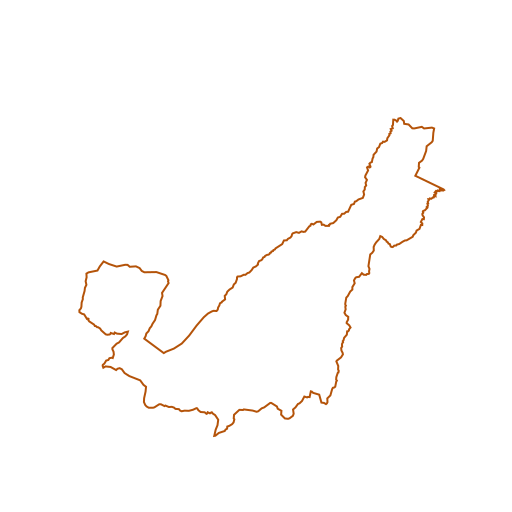 La Viña, Salta, Argentina (Natural Earth projection), rotated 201°
{"feature_id": "61730980B12479001808037", "entity_name": "La Viña", "entity_type": "district", "adm_level": 2, "iso_a3": "ARG", "parent_name": "Argentina", "parent_adm1": "Salta", "projection": "natural_earth1", "projection_center": [-65.611, -25.526], "detail": "fine", "context": "isolated", "style": "outline", "palette": "amber", "viewbox_px": 512, "rotation_deg": 201, "n_neighbors": 0, "source": "geoboundaries", "source_scale": "gbopen_adm2", "svg_char_len": 6104}
<svg xmlns="http://www.w3.org/2000/svg" viewBox="0 0 512 512"><g transform="rotate(201 256 256)"><path d="M358.5,97.0L356.9,99.0L352.0,100.3L345.7,99.4L344.9,101.1L343.1,102.4L340.7,102.2L336.7,99.6L331.3,98.5L319.5,98.4L314.9,95.4L311.8,94.5L310.5,89.8L309.5,83.2L308.3,79.5L306.0,77.2L304.2,76.3L301.7,75.9L297.8,77.4L296.6,78.3L293.2,82.9L291.7,83.5L287.6,83.1L287.0,83.9L283.2,83.8L280.6,85.0L278.3,85.1L276.4,84.4L273.1,85.4L271.5,84.5L269.8,84.4L267.3,86.0L263.2,87.4L259.7,89.9L257.1,92.6L256.3,92.7L254.6,91.4L251.8,90.5L247.9,91.7L245.7,90.9L245.1,91.5L245.1,92.8L242.6,92.6L241.6,94.1L240.9,94.2L240.2,93.5L237.1,92.8L232.6,89.6L231.3,84.2L231.4,79.4L230.5,73.1L229.5,73.7L227.3,77.5L222.5,81.4L222.2,83.1L221.1,84.4L221.7,86.5L220.0,87.9L218.0,90.5L217.3,92.6L217.7,95.8L218.6,96.4L219.6,99.9L216.4,106.4L212.9,107.6L212.4,108.4L203.7,110.5L199.6,110.8L198.3,111.8L196.1,115.8L194.1,117.6L190.1,123.9L189.1,124.3L182.5,123.0L181.0,121.2L176.8,120.6L175.7,116.9L170.8,114.7L167.7,115.5L166.5,116.5L164.3,120.0L164.3,122.2L166.4,126.0L164.9,128.8L163.8,132.9L162.6,134.0L161.1,137.1L160.5,142.1L157.6,142.3L157.1,143.0L155.4,143.5L156.3,149.3L155.3,149.4L153.6,148.7L147.3,149.2L142.4,142.6L139.8,143.2L137.6,142.8L137.0,143.8L136.9,145.2L138.4,148.6L136.6,152.5L137.2,159.0L137.0,160.5L135.7,161.4L135.2,162.4L136.1,167.6L135.8,168.6L136.9,169.4L137.6,171.7L137.8,176.4L137.3,176.8L137.6,178.4L138.7,179.5L139.8,182.8L143.2,186.4L143.1,187.2L140.3,191.8L139.6,195.3L140.4,196.6L142.4,198.4L143.5,200.6L143.1,202.3L143.9,203.8L144.2,205.2L143.8,206.7L144.5,207.6L144.1,208.6L144.4,211.2L143.0,215.1L143.9,218.3L143.0,218.7L142.6,219.8L142.9,220.8L142.1,223.1L144.1,224.7L147.3,225.8L147.6,226.7L147.2,229.6L148.1,232.3L151.0,233.0L153.1,234.7L153.2,238.4L154.4,240.5L154.3,241.9L155.1,242.4L155.6,243.5L156.8,249.5L156.0,251.4L155.3,256.6L154.0,259.2L154.9,261.5L154.1,265.9L155.8,268.3L155.4,271.0L154.8,272.1L152.3,273.5L151.0,277.9L148.8,277.1L146.3,277.9L145.9,279.0L144.3,279.7L144.1,280.6L145.0,282.3L145.4,284.6L147.4,286.8L149.9,298.4L148.6,300.7L148.0,303.3L149.4,306.6L149.3,309.1L148.7,311.8L147.0,316.1L147.1,319.1L145.0,319.0L142.8,317.7L140.1,317.2L139.2,316.2L138.0,316.1L136.7,315.0L135.4,315.1L133.6,313.1L132.1,313.1L131.3,313.7L130.7,315.2L128.8,316.1L128.6,317.1L126.6,318.5L124.3,321.8L122.5,323.9L121.0,324.6L116.6,330.1L116.6,331.8L115.1,335.1L115.2,337.3L113.1,339.9L113.2,344.1L111.9,344.5L112.4,346.0L114.3,346.8L113.9,350.1L112.5,350.5L113.0,352.3L115.0,353.6L115.8,354.8L115.3,356.3L116.1,357.0L116.1,357.9L114.7,359.2L113.3,362.5L114.2,362.9L113.5,364.5L114.7,366.3L114.1,366.8L115.1,368.1L114.7,370.1L115.4,370.8L114.4,371.2L114.4,372.0L112.8,372.3L111.9,374.0L111.2,374.2L111.3,375.3L110.6,375.4L110.6,376.3L111.4,376.2L111.6,376.8L110.8,377.3L110.2,377.0L110.6,377.9L110.1,378.9L110.7,379.9L111.3,379.2L111.9,379.3L111.3,381.3L110.3,381.5L110.0,382.1L109.4,381.7L108.8,382.4L108.1,382.4L108.4,384.1L107.2,383.2L106.3,383.7L106.4,384.4L105.2,384.6L104.7,384.2L104.0,385.0L104.8,385.4L136.0,388.0L135.1,397.0L136.0,397.5L137.2,401.4L135.2,404.5L134.7,406.5L134.8,415.0L136.0,419.6L132.7,425.2L132.3,426.9L134.6,434.6L135.4,438.9L137.8,438.9L144.8,435.3L147.5,436.0L153.8,431.9L155.8,431.2L160.7,433.5L165.0,432.5L166.4,435.0L170.5,436.6L172.3,435.3L172.1,433.0L172.5,432.0L173.7,432.7L175.6,432.9L176.7,432.5L175.1,427.4L175.5,426.1L174.1,424.2L175.7,422.8L174.3,421.5L175.1,420.3L174.3,418.8L175.3,417.7L174.7,416.6L175.6,413.0L175.1,410.9L176.9,408.6L178.4,408.3L178.7,406.7L180.2,405.4L180.2,401.7L181.4,399.8L180.9,396.7L182.5,392.7L181.9,390.3L182.1,388.8L181.5,385.2L182.6,384.2L183.2,382.8L181.2,380.6L181.1,380.0L181.6,379.4L183.2,379.8L184.1,378.5L182.0,376.0L182.7,370.4L182.4,368.6L179.7,366.8L179.9,363.5L178.4,361.3L179.1,359.4L178.3,357.0L178.9,354.8L177.1,352.1L177.1,348.5L180.6,345.5L182.0,343.1L183.2,342.2L183.2,339.7L185.4,337.9L185.9,330.3L187.6,329.5L188.8,327.1L190.8,326.2L191.4,322.8L193.4,321.2L193.8,318.2L195.7,314.4L198.3,312.7L198.3,311.8L199.0,311.3L198.7,310.3L202.0,309.0L204.1,309.5L205.7,308.7L207.1,310.8L208.3,311.1L211.5,309.6L213.7,306.0L215.4,306.1L216.2,305.2L216.0,303.8L216.9,302.8L218.8,296.4L220.3,295.5L222.3,295.3L224.2,293.0L227.0,292.7L229.8,290.3L230.1,289.3L229.9,287.3L230.5,285.5L232.3,283.5L232.9,281.7L235.5,280.5L235.8,276.5L240.5,270.1L240.7,268.9L241.9,267.7L241.9,266.7L243.2,265.7L243.2,264.6L244.1,263.7L244.1,262.8L244.7,261.8L246.1,261.0L247.5,259.4L247.7,258.2L248.8,257.2L249.0,255.0L249.7,253.8L251.3,252.4L251.6,249.8L251.1,248.7L252.4,246.2L254.4,244.2L255.0,241.3L256.3,238.2L257.8,237.0L259.1,234.7L260.7,234.1L263.1,231.5L265.9,230.2L266.1,229.3L265.5,227.7L265.4,223.7L266.5,221.5L266.5,218.2L268.7,215.2L270.0,212.4L270.0,209.6L270.9,207.6L269.3,204.4L271.5,201.0L271.4,200.4L272.7,198.9L272.5,196.7L272.9,194.3L272.5,192.3L273.1,190.5L276.0,189.6L277.4,188.4L280.2,185.1L282.8,180.1L286.5,169.8L289.9,157.7L293.9,147.7L299.5,140.1L305.7,134.4L307.3,132.3L330.7,138.8L330.3,141.5L330.6,144.4L329.4,147.2L329.3,150.6L328.5,152.7L328.3,155.7L327.3,160.0L327.7,165.0L327.4,166.5L328.4,170.7L327.4,175.3L328.9,179.8L328.9,185.1L330.5,187.9L327.9,199.4L329.1,200.9L329.1,202.0L332.6,205.3L334.1,205.7L343.2,205.3L354.4,200.8L357.3,201.1L360.3,203.0L364.4,203.3L370.0,200.7L372.7,201.7L375.0,200.9L382.3,196.2L390.4,195.8L396.3,196.3L398.1,190.3L398.8,185.6L406.5,180.7L408.0,178.8L406.5,175.4L406.0,171.4L404.0,168.3L404.3,165.0L403.5,161.9L402.9,155.2L402.2,153.7L402.1,150.1L400.8,146.0L400.7,144.3L401.5,142.1L400.7,140.3L397.8,139.7L395.5,139.9L391.3,136.7L390.5,137.4L389.8,137.3L389.5,136.0L388.3,135.2L382.5,133.9L381.4,132.9L380.3,133.2L378.9,132.6L377.8,132.9L375.5,132.4L373.8,131.1L368.2,129.0L366.6,129.2L364.5,130.3L363.9,131.3L364.0,132.1L360.6,132.3L360.5,133.9L358.0,133.7L353.5,135.0L351.1,137.7L348.5,139.5L348.3,136.6L349.2,134.1L350.9,131.7L352.9,126.2L354.7,124.2L357.1,118.6L356.6,117.4L354.7,115.6L353.4,113.1L353.2,109.4L354.1,109.4L356.2,108.1L356.6,106.0L358.4,104.7L359.0,101.2L360.0,99.5L359.8,98.5L358.5,97.0Z" fill="none" stroke="#b45309" stroke-width="2"/></g></svg>